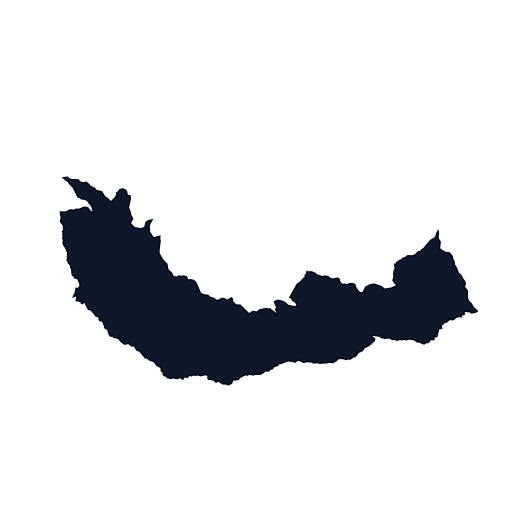 Victor Fajardo, Ayacucho, Peru, rotated 158°
{"feature_id": "86281439B25183638653455", "entity_name": "Victor Fajardo", "entity_type": "district", "adm_level": 2, "iso_a3": "PER", "parent_name": "Peru", "parent_adm1": "Ayacucho", "projection": "robinson", "projection_center": [-74.315, -13.871], "detail": "fine", "context": "isolated", "style": "filled", "palette": "ink", "viewbox_px": 512, "rotation_deg": 158, "n_neighbors": 0, "source": "geoboundaries", "source_scale": "gbopen_adm2", "svg_char_len": 6120}
<svg xmlns="http://www.w3.org/2000/svg" viewBox="0 0 512 512"><g transform="rotate(158 256 256)"><path d="M71.5,122.0L73.7,126.6L74.4,131.4L75.5,133.5L76.0,136.4L75.6,138.8L73.2,144.4L74.5,149.6L72.6,151.5L72.0,153.9L72.9,157.2L73.2,161.0L74.9,164.6L74.7,169.9L75.5,173.8L74.6,175.4L74.8,179.6L74.3,182.5L75.5,186.3L79.1,188.3L82.8,193.2L83.0,194.6L80.0,200.0L80.7,204.1L78.2,209.3L77.9,210.8L79.9,209.3L81.9,206.6L83.1,205.8L88.3,205.0L97.6,200.1L100.3,199.5L101.7,198.4L104.0,199.0L107.9,197.4L110.8,197.4L115.4,199.4L118.1,198.5L120.4,198.8L122.6,197.9L125.1,197.9L128.2,197.0L129.4,195.7L130.3,196.3L130.9,195.2L131.3,192.4L133.2,190.7L135.0,187.9L135.1,186.2L135.9,185.3L136.2,184.0L138.0,182.3L137.2,178.3L136.2,176.6L136.6,175.8L140.7,175.5L142.9,175.5L147.2,176.6L148.1,176.2L149.8,177.9L151.4,180.7L156.0,184.8L158.2,186.0L161.1,186.5L165.9,186.0L170.7,181.8L171.5,182.3L172.6,182.0L174.4,184.7L175.4,189.3L175.2,192.4L176.6,194.1L179.6,195.3L182.3,194.9L183.7,196.3L184.9,196.8L186.0,196.5L187.8,199.2L188.1,201.8L187.6,202.7L188.4,204.6L190.8,205.4L193.3,205.5L196.5,208.3L197.0,209.9L200.1,211.6L203.2,212.2L203.6,213.2L206.2,215.0L208.6,218.8L210.0,220.0L211.4,221.0L213.9,221.5L214.6,222.4L215.6,220.6L217.8,219.4L217.9,218.1L218.6,217.5L219.7,217.5L224.7,215.2L228.1,214.5L240.1,204.9L238.8,204.1L238.7,201.3L236.5,198.1L236.1,195.2L237.2,194.3L239.3,194.4L245.0,198.3L246.5,201.9L248.9,204.4L252.6,206.8L256.1,206.5L256.0,202.4L255.1,201.3L257.8,199.0L257.5,195.8L258.9,193.1L259.6,196.1L261.3,199.1L262.3,199.8L262.5,201.5L264.3,202.0L265.9,203.3L272.2,204.5L274.0,204.4L275.9,203.4L280.0,205.8L283.6,204.7L284.8,206.4L289.2,216.4L292.0,217.5L293.5,218.8L295.0,223.4L294.1,225.1L294.3,226.3L299.7,225.5L300.7,227.6L303.1,229.3L305.4,229.3L306.7,228.7L309.7,229.8L311.0,232.5L314.4,235.1L315.3,237.5L319.1,239.5L321.5,242.5L321.7,252.8L322.0,254.6L323.3,256.9L325.5,258.5L327.9,259.0L328.7,260.5L328.2,261.4L328.4,262.7L330.0,264.1L331.4,264.8L332.6,264.5L334.0,265.9L336.1,266.3L337.2,265.7L339.7,267.4L340.6,268.6L340.8,272.1L342.8,275.8L342.5,279.0L341.7,281.8L343.8,286.6L345.0,294.5L344.1,297.3L339.4,305.7L338.8,308.4L337.8,310.3L344.5,311.2L345.8,318.1L344.2,323.1L342.6,325.6L339.0,328.4L342.0,328.9L344.6,328.6L346.0,327.5L348.2,324.2L352.8,324.2L358.3,328.0L360.3,333.0L359.3,334.6L356.5,336.9L356.9,341.6L356.2,343.7L356.3,348.7L351.3,355.9L350.4,358.3L350.6,359.4L352.3,359.7L352.7,360.4L351.9,364.6L352.6,366.3L354.5,368.0L357.2,368.6L359.2,367.1L361.6,366.6L362.0,365.1L364.1,363.1L370.3,360.3L372.0,364.5L374.2,368.0L375.1,373.5L379.8,376.6L380.3,379.1L383.9,383.0L384.1,384.7L385.9,388.1L387.1,387.8L389.1,388.6L391.7,390.8L392.3,393.1L399.9,396.6L401.3,399.7L405.4,400.6L402.0,395.0L401.8,393.2L399.7,388.0L398.9,377.3L397.6,376.4L396.2,374.3L392.9,372.6L391.0,369.5L390.9,367.6L389.9,365.8L389.6,361.9L390.2,358.0L391.1,356.4L391.4,357.6L392.9,359.7L394.1,363.8L396.8,365.5L403.2,365.6L405.5,366.8L407.4,366.3L410.9,368.3L416.0,367.9L420.9,370.0L421.8,366.5L421.6,365.4L424.3,361.1L423.0,356.3L424.0,354.2L423.9,352.5L426.0,351.3L426.0,350.0L427.2,347.6L427.1,346.9L428.5,344.5L428.1,342.6L429.2,341.9L430.1,339.5L429.9,336.4L429.0,335.4L429.5,334.2L429.1,332.9L429.5,331.6L429.0,329.9L431.4,325.5L431.5,324.2L432.7,322.8L432.1,322.1L432.6,320.1L431.6,317.9L431.5,316.0L432.1,314.8L431.6,313.5L432.9,309.4L433.3,306.9L432.2,305.4L432.1,303.3L429.8,302.4L429.6,296.2L430.5,293.9L431.7,293.0L433.5,292.5L434.8,293.4L436.8,290.3L437.6,289.7L437.5,288.4L439.0,288.3L440.5,286.6L439.0,286.5L438.1,287.0L437.3,286.5L437.6,284.3L439.4,282.0L435.7,279.8L435.2,278.9L435.6,277.4L434.5,277.0L433.2,277.6L431.6,276.7L431.9,275.2L431.3,269.2L429.6,268.3L428.3,265.7L426.8,260.2L424.5,258.7L425.2,254.8L422.6,253.0L422.6,247.2L423.0,246.1L421.1,243.5L420.9,242.3L421.5,240.2L421.0,236.5L420.0,235.8L418.6,235.8L418.3,233.6L416.7,233.1L414.3,231.0L413.0,227.0L411.1,223.8L409.6,223.1L407.1,223.1L405.0,219.2L402.5,218.4L401.7,213.5L399.4,211.3L396.7,202.9L395.1,202.3L393.5,199.4L390.1,196.3L388.8,191.8L385.8,188.0L386.8,184.9L385.5,183.3L386.4,181.2L385.9,179.7L384.3,178.2L383.5,176.1L382.3,175.7L381.0,174.5L377.7,174.0L376.0,172.3L373.8,171.8L371.2,172.4L371.0,170.2L370.4,169.5L369.5,169.5L369.3,170.7L368.9,170.8L367.1,170.5L364.9,169.3L362.9,170.7L361.0,169.2L358.9,169.3L357.6,168.8L357.0,168.0L354.8,167.9L352.1,165.8L348.2,165.2L346.0,164.3L345.3,162.3L346.4,160.7L345.9,159.4L343.9,158.6L341.1,156.2L340.3,154.0L338.0,154.5L334.4,149.7L332.0,148.9L329.8,146.9L326.2,147.3L323.9,150.1L321.6,148.8L320.7,149.0L318.8,148.2L316.2,149.7L315.0,149.4L312.4,150.1L309.0,149.5L308.4,148.7L306.8,149.5L305.7,148.3L304.3,147.9L302.9,146.7L302.2,147.0L296.0,144.8L292.6,145.2L290.7,146.3L287.8,144.8L286.7,144.9L285.6,146.0L283.2,145.3L281.3,146.8L277.2,146.5L274.7,147.7L273.1,147.1L265.1,147.0L263.6,145.6L262.1,145.3L259.7,143.1L258.6,143.1L257.3,144.0L255.3,143.2L253.5,141.9L252.2,140.0L250.8,139.3L249.6,139.6L245.8,137.9L243.5,136.7L242.9,135.5L239.1,134.3L237.1,132.8L230.8,130.7L228.2,130.3L224.7,128.5L220.9,128.9L218.6,130.0L217.0,129.8L213.7,128.4L211.0,126.2L209.6,126.4L207.4,125.2L204.1,126.0L202.2,125.7L199.5,126.7L196.9,128.7L195.9,128.2L194.7,128.7L193.3,128.3L189.7,130.5L184.6,130.8L183.7,131.9L182.1,131.3L180.6,132.5L178.4,132.8L177.0,134.7L177.8,136.2L179.2,136.6L179.1,138.0L176.2,138.8L175.1,137.3L173.6,136.9L172.7,135.9L171.2,135.7L170.6,133.7L167.3,131.5L164.4,130.7L163.5,130.1L162.1,130.2L161.8,128.4L157.3,125.9L156.6,125.0L154.1,125.0L151.9,123.6L150.6,123.7L147.7,122.0L145.1,121.7L142.7,120.5L140.3,118.7L138.4,115.7L137.0,115.5L133.8,112.0L132.6,111.5L130.5,112.1L128.6,111.4L125.2,113.3L122.6,111.9L121.8,112.7L121.6,115.1L120.9,115.2L119.4,113.6L118.6,113.6L113.9,120.2L111.1,119.5L110.8,121.6L109.1,122.9L107.7,122.9L106.3,123.9L103.9,123.4L102.6,124.3L101.5,124.2L100.7,125.0L98.8,124.2L98.2,123.5L96.5,123.1L93.5,124.4L91.4,123.8L90.4,124.4L88.6,122.7L86.5,124.9L85.5,124.0L84.7,124.1L84.0,126.6L83.3,127.0L82.3,126.1L81.6,126.5L80.8,125.2L78.0,124.2L78.1,123.1L77.5,122.5L72.9,121.7L71.5,122.0Z" fill="#0f172a" stroke="#020617" stroke-width="1.5"/></g></svg>